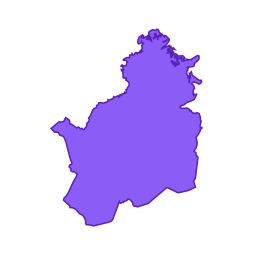 Nacaome, Valle, Honduras, rotated 189°
{"feature_id": "27666195B51489907150139", "entity_name": "Nacaome", "entity_type": "district", "adm_level": 2, "iso_a3": "HND", "parent_name": "Honduras", "parent_adm1": "Valle", "projection": "natural_earth1", "projection_center": [-87.534, 13.506], "detail": "fine", "context": "isolated", "style": "filled", "palette": "violet", "viewbox_px": 256, "rotation_deg": 189, "n_neighbors": 0, "source": "geoboundaries", "source_scale": "gbopen_adm2", "svg_char_len": 5909}
<svg xmlns="http://www.w3.org/2000/svg" viewBox="0 0 256 256"><g transform="rotate(189 128 128)"><path d="M154.2,26.0L149.9,26.3L146.5,26.0L132.4,31.9L129.7,33.6L128.8,35.1L125.1,53.9L124.1,52.6L123.4,52.5L122.4,53.5L120.9,53.8L120.2,55.0L117.7,56.3L117.4,57.6L116.3,57.8L114.3,57.2L112.7,55.9L111.8,54.9L110.5,52.0L106.2,51.6L96.2,56.7L80.2,75.4L68.7,71.9L67.6,72.1L58.7,75.7L52.1,80.2L54.7,85.4L54.3,87.8L53.6,88.5L54.3,109.9L56.6,112.1L57.0,114.2L59.1,115.5L57.7,118.9L57.2,122.7L57.5,124.8L59.3,129.5L57.5,132.7L56.1,137.1L56.3,138.2L55.0,139.2L55.1,140.2L56.6,140.1L57.2,140.8L56.8,146.3L57.7,147.4L58.3,150.0L59.9,153.3L62.4,154.0L63.7,152.9L67.0,153.2L68.3,154.9L69.5,154.3L69.9,155.8L72.7,157.0L78.4,155.7L80.0,156.8L79.3,157.3L78.6,158.8L76.6,159.4L73.7,162.5L69.8,164.6L67.2,166.6L65.9,170.2L65.6,172.0L66.7,171.5L67.6,171.9L68.3,170.7L68.8,171.3L69.6,175.7L68.4,177.6L70.0,180.4L71.9,181.2L71.8,182.4L70.2,183.6L68.6,183.8L64.8,182.4L63.2,183.5L62.5,184.9L63.0,186.6L65.3,186.3L72.7,190.1L74.3,193.5L75.1,192.7L75.3,191.0L75.8,191.2L74.3,187.8L74.7,186.0L74.5,183.1L74.9,182.0L75.1,187.8L76.4,189.6L76.1,187.9L76.5,187.8L76.6,186.1L76.8,188.4L78.8,191.3L78.8,193.4L78.0,194.1L78.3,195.6L77.8,196.4L79.1,197.2L73.5,198.8L72.5,199.6L72.3,202.3L69.3,206.0L68.7,207.5L69.1,210.2L70.9,210.4L75.8,206.1L76.0,205.7L75.5,205.1L76.5,205.5L78.7,204.9L80.5,205.1L79.3,203.8L80.7,204.8L83.2,202.9L85.3,202.6L86.2,205.3L89.2,204.3L90.0,203.6L89.8,202.4L87.7,200.1L87.6,199.4L88.3,198.5L89.8,198.1L90.5,196.7L91.1,196.5L92.0,197.8L91.3,199.7L92.4,198.3L93.5,197.9L93.9,198.7L93.2,199.7L94.1,199.4L94.8,201.1L95.2,201.1L95.3,200.1L94.2,199.3L94.2,198.9L95.6,200.2L95.5,201.2L94.6,201.2L94.0,199.6L92.7,200.2L92.8,199.5L93.6,198.8L93.4,198.3L92.6,198.6L91.9,200.0L91.0,200.0L91.4,197.4L90.3,198.6L87.9,199.5L90.4,202.4L90.6,203.4L90.2,204.3L86.5,205.9L85.9,205.8L84.9,204.6L83.6,204.3L82.8,206.1L85.2,207.9L89.5,207.0L90.7,206.4L90.7,204.9L92.7,204.7L93.1,204.8L93.1,205.5L92.1,206.0L92.7,206.7L91.9,206.6L91.8,205.6L92.9,205.1L91.0,205.0L91.0,206.3L90.2,207.3L91.7,208.6L93.6,208.7L95.3,207.2L95.8,204.6L96.0,204.5L95.6,207.2L96.2,206.3L96.4,207.0L96.9,206.8L97.1,205.8L97.7,204.8L97.2,206.0L97.3,206.9L97.0,207.6L96.5,207.7L96.5,209.8L97.0,210.1L97.4,209.0L98.3,209.1L98.7,207.9L98.8,208.7L98.3,209.4L99.1,210.4L98.6,211.2L99.9,212.2L100.7,211.1L99.3,210.2L99.3,209.5L99.5,208.9L100.8,208.2L100.9,208.7L100.0,208.9L99.5,209.9L100.9,210.8L101.0,212.4L100.2,212.8L96.2,209.9L95.8,207.6L94.8,210.1L95.6,210.4L97.1,212.6L96.6,212.2L95.3,213.1L94.1,212.9L95.8,214.4L96.8,213.5L97.7,213.9L99.4,213.4L98.1,214.3L98.3,215.2L98.8,214.9L99.6,215.8L99.9,214.7L100.3,214.8L100.2,215.8L107.0,211.7L106.2,213.6L104.3,214.8L103.1,216.2L101.0,220.5L101.0,221.8L101.4,222.4L104.7,219.6L105.1,218.8L106.4,218.3L106.7,218.8L106.8,219.7L106.5,218.6L105.8,218.6L104.9,219.8L102.1,221.9L101.8,222.6L104.9,224.9L106.4,225.0L106.5,224.1L107.0,224.8L108.1,225.0L109.2,224.4L111.6,224.1L110.8,223.4L111.8,223.6L112.2,222.7L113.0,222.3L112.3,221.0L112.8,219.5L112.6,221.4L113.8,222.9L115.0,223.3L115.1,221.6L114.3,221.1L115.5,221.6L116.5,221.3L116.6,220.6L115.8,219.9L116.7,220.3L117.0,221.2L115.6,221.8L115.4,223.7L116.6,223.5L115.7,224.2L116.5,224.2L116.6,225.6L116.3,224.3L115.8,224.4L116.0,225.3L115.3,225.2L115.7,224.8L115.2,223.7L112.8,222.8L111.3,224.7L109.5,224.7L108.7,225.4L108.8,225.8L112.1,227.3L112.5,228.4L113.9,230.0L115.2,229.9L114.9,229.3L116.3,228.7L119.2,228.9L122.1,226.5L122.4,225.2L122.1,223.4L123.3,221.7L121.8,222.9L121.1,222.7L120.9,220.9L119.7,220.9L119.6,219.5L118.9,219.0L118.3,217.3L118.9,217.6L119.5,219.3L119.4,217.8L120.0,219.4L119.9,220.8L121.2,220.6L121.2,218.8L121.4,219.2L121.9,218.8L121.3,222.6L123.1,221.3L122.5,220.7L122.2,220.0L123.1,218.7L124.0,218.5L122.7,219.6L122.5,220.4L124.1,221.3L126.4,219.2L128.9,219.1L127.6,219.6L126.8,220.9L127.1,221.6L128.3,222.2L128.9,220.5L129.5,221.2L130.1,219.8L131.0,219.9L131.9,216.4L131.7,214.1L131.0,212.8L129.7,213.0L128.4,213.9L128.0,214.3L128.1,215.4L127.6,214.8L127.7,214.2L126.0,214.2L126.0,213.3L127.4,211.8L126.4,209.2L127.2,206.4L127.0,206.0L126.5,206.5L125.9,206.2L126.6,205.9L126.7,204.8L127.6,204.4L126.9,205.6L127.7,206.4L129.1,204.2L131.1,203.3L130.4,202.9L130.5,202.6L131.4,202.8L131.4,203.8L132.5,203.5L133.9,200.7L134.8,200.9L135.7,202.2L135.9,200.9L137.7,200.3L137.4,197.7L139.4,197.6L141.6,196.6L143.3,194.7L143.2,194.2L141.0,194.4L139.3,193.5L139.5,190.3L140.0,189.2L142.0,188.6L143.8,189.4L144.6,188.1L144.5,187.7L143.4,188.1L142.7,187.8L142.2,185.7L141.7,185.4L142.2,185.0L141.5,184.5L141.7,184.0L142.1,184.6L143.8,184.8L143.2,183.3L142.2,183.1L141.0,179.1L140.9,177.3L140.2,176.7L139.1,177.3L138.4,176.6L138.1,177.0L137.3,176.5L137.6,175.0L135.0,173.7L133.6,171.8L133.8,169.6L134.8,167.9L135.2,165.9L136.1,165.5L135.1,163.7L135.4,162.2L135.9,161.9L136.8,162.8L137.2,161.4L139.2,160.8L139.4,159.3L140.8,159.6L141.7,159.1L141.8,158.6L141.1,158.5L141.8,157.0L143.3,158.1L145.6,156.3L147.1,156.8L147.4,154.3L149.2,153.9L150.2,152.8L152.1,152.9L152.1,151.4L152.8,150.5L156.5,148.6L159.5,148.8L160.8,148.3L161.3,146.0L162.5,145.4L162.5,143.3L164.8,141.6L165.8,139.8L166.7,135.0L168.5,131.5L167.5,130.3L167.8,128.2L169.4,126.2L169.2,123.0L170.4,121.3L170.9,119.6L172.2,119.6L173.7,120.5L174.8,119.7L176.8,121.2L177.7,121.0L178.7,120.0L184.1,122.8L186.1,123.1L187.1,126.5L191.1,128.6L191.4,127.3L192.0,126.6L192.0,125.5L192.4,124.7L193.8,123.7L197.1,123.3L203.9,115.5L200.4,112.7L199.5,112.4L198.2,112.8L196.2,112.6L194.0,110.1L191.3,109.9L190.1,109.2L187.4,105.1L180.6,89.3L178.0,84.7L177.9,83.4L180.0,82.1L180.0,80.3L178.2,78.9L177.8,76.8L176.0,76.1L174.9,76.4L173.4,76.1L171.8,74.9L171.0,74.8L171.4,72.1L173.4,67.0L177.2,53.7L178.8,50.6L180.2,48.9L180.4,46.6L174.2,42.6L173.0,41.5L172.8,40.3L170.3,40.6L166.8,39.5L162.5,35.8L159.2,34.8L156.9,32.5L155.3,29.6L154.9,27.1L154.2,26.0Z" fill="#8b5cf6" stroke="#5b21b6" stroke-width="1.5"/></g></svg>